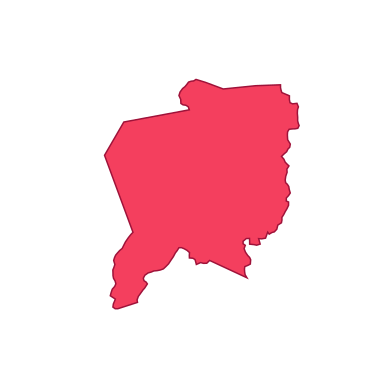 the district of Itanagra, Bahia, Brazil, rotated 220°
{"feature_id": "56859067B38916091628463", "entity_name": "Itanagra", "entity_type": "district", "adm_level": 2, "iso_a3": "BRA", "parent_name": "Brazil", "parent_adm1": "Bahia", "projection": "robinson", "projection_center": [-38.082, -12.298], "detail": "fine", "context": "isolated", "style": "filled", "palette": "rose", "viewbox_px": 384, "rotation_deg": 220, "n_neighbors": 0, "source": "geoboundaries", "source_scale": "gbopen_adm2", "svg_char_len": 2245}
<svg xmlns="http://www.w3.org/2000/svg" viewBox="0 0 384 384"><g transform="rotate(220 192 192)"><path d="M94.8,161.6L98.2,162.8L100.5,164.8L102.3,166.7L103.6,168.8L102.0,171.8L101.0,174.3L103.5,177.8L105.8,178.9L108.6,179.2L112.4,180.3L115.7,182.1L116.9,185.4L119.6,185.2L121.2,187.1L120.5,191.2L118.1,193.4L116.1,191.2L114.3,189.1L110.6,191.6L108.3,192.8L106.3,195.9L108.6,197.5L111.0,199.1L108.5,200.9L106.0,203.9L107.4,207.7L108.2,209.9L105.8,209.3L104.7,212.4L103.3,214.4L103.1,218.0L105.0,221.8L103.7,225.9L105.1,228.4L106.8,230.3L107.2,233.5L108.0,237.0L108.5,240.2L109.5,243.9L111.6,246.4L114.0,245.7L115.9,248.1L115.7,251.3L116.1,254.4L119.2,256.5L121.4,258.4L124.0,259.2L126.2,259.3L128.3,261.1L130.3,264.3L131.8,268.2L134.0,270.5L134.5,274.3L137.4,274.5L139.9,274.8L142.7,276.2L146.3,276.8L146.0,280.0L145.4,283.7L146.1,286.5L145.9,289.1L147.5,291.9L152.3,293.5L155.6,297.0L157.5,299.6L157.9,302.5L155.6,304.9L153.5,306.8L151.9,308.8L152.6,311.7L154.7,312.9L156.8,314.4L159.1,317.2L161.9,320.0L164.1,322.9L165.2,325.6L168.6,327.4L171.6,324.2L174.3,323.4L176.8,325.4L179.2,328.3L187.1,325.9L189.3,327.3L191.1,328.7L193.1,331.0L211.5,314.4L234.3,291.0L252.3,284.6L261.3,280.8L262.1,278.2L263.9,276.3L265.3,274.0L265.1,270.9L265.1,268.2L265.7,265.2L265.4,260.9L264.0,257.5L260.2,255.7L257.4,252.7L254.9,253.0L252.5,254.5L249.7,254.9L246.9,253.2L289.2,201.8L282.6,163.9L211.3,123.2L211.5,120.2L211.4,116.2L210.9,111.0L210.2,108.0L209.2,103.9L209.8,100.6L209.9,97.2L209.9,94.6L209.2,92.0L208.0,89.2L204.5,86.9L203.3,83.9L202.5,81.4L200.6,79.3L198.7,77.1L196.6,75.4L193.7,74.4L191.3,72.7L190.5,69.9L190.6,66.3L189.4,63.2L187.9,60.0L184.5,60.4L181.9,60.7L181.1,58.4L180.3,55.7L178.6,53.0L175.8,53.2L173.8,54.9L162.8,72.4L164.7,74.0L166.0,77.5L166.3,81.8L166.6,85.4L166.5,87.9L166.8,90.4L167.1,92.9L169.2,93.5L171.8,93.2L173.9,94.7L174.6,98.0L173.6,101.8L171.7,104.6L170.5,107.0L168.2,109.3L166.2,111.8L164.5,114.7L164.1,118.0L163.8,121.9L164.3,126.2L164.7,130.4L165.6,134.6L165.7,137.6L166.2,140.9L164.3,142.6L161.6,143.5L158.3,144.1L155.0,144.0L153.3,141.7L151.6,139.8L148.8,141.8L146.3,142.2L144.2,140.8L142.1,139.3L140.0,143.5L137.4,144.7L134.9,146.9L134.5,150.9L94.8,161.6Z" fill="#f43f5e" stroke="#9f1239" stroke-width="1.5"/></g></svg>